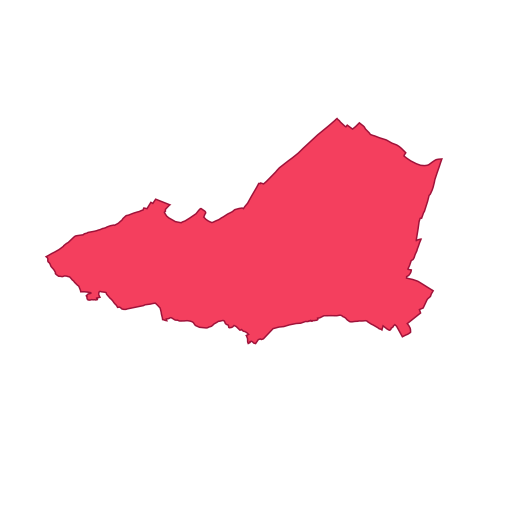 the district of Cozmesti, Vaslui, Romania, rotated 346°
{"feature_id": "2599482B65715279001223", "entity_name": "Cozmesti", "entity_type": "district", "adm_level": 2, "iso_a3": "ROU", "parent_name": "Romania", "parent_adm1": "Vaslui", "projection": "natural_earth1", "projection_center": [27.474, 46.723], "detail": "fine", "context": "isolated", "style": "filled", "palette": "rose", "viewbox_px": 512, "rotation_deg": 346, "n_neighbors": 0, "source": "geoboundaries", "source_scale": "gbopen_adm2", "svg_char_len": 6029}
<svg xmlns="http://www.w3.org/2000/svg" viewBox="0 0 512 512"><g transform="rotate(346 256 256)"><path d="M271.7,330.9L278.6,331.2L283.1,332.0L288.5,331.5L289.6,332.0L290.6,332.1L290.9,332.1L291.3,331.9L291.4,332.0L291.6,332.2L292.4,331.8L293.6,331.7L293.7,331.8L293.2,332.2L293.4,332.4L294.1,332.7L295.0,332.8L295.5,332.4L296.8,332.8L297.5,332.8L299.0,333.0L299.8,332.9L300.3,332.8L300.7,332.4L300.7,331.2L302.4,331.4L303.1,331.4L307.4,330.4L314.3,332.0L319.9,333.5L323.1,333.7L323.9,334.0L324.8,334.7L325.9,336.1L326.5,336.4L327.6,337.5L328.0,338.0L328.7,339.4L329.1,340.1L331.0,342.3L331.5,342.6L333.2,343.1L336.2,343.4L338.7,343.9L340.6,344.0L342.2,344.5L344.2,344.9L346.4,345.2L347.7,345.7L348.5,346.9L351.3,349.9L353.0,351.3L356.9,355.1L357.8,356.3L358.7,356.9L359.6,357.3L360.3,358.2L362.4,354.5L365.4,358.4L367.2,360.1L367.9,360.4L368.0,360.3L369.1,359.7L369.5,359.3L369.7,358.7L371.2,358.3L372.1,357.7L372.3,357.2L374.1,356.2L375.4,358.1L378.5,369.8L381.8,369.0L384.4,368.6L387.2,367.6L387.6,367.3L388.1,364.7L388.1,363.2L387.4,360.4L386.4,358.2L401.9,351.1L401.6,347.5L405.6,346.9L411.4,339.8L412.4,339.0L414.2,338.1L415.5,337.4L417.0,335.1L419.5,332.6L415.9,328.9L411.0,323.8L407.3,320.0L406.4,319.3L402.4,316.7L396.7,313.9L397.1,312.9L397.2,312.4L399.5,311.8L401.4,310.2L402.1,309.4L402.6,308.7L403.3,307.1L400.3,305.7L400.5,305.0L402.6,302.5L405.5,298.0L407.5,297.4L409.0,295.9L410.8,293.0L413.4,289.8L414.1,288.4L416.0,285.7L417.9,282.7L420.2,279.6L419.4,279.4L416.5,279.5L415.3,279.8L415.3,279.4L419.9,268.7L422.6,262.0L424.1,259.6L424.5,259.1L425.4,259.1L425.8,259.4L427.1,257.5L429.0,254.6L429.8,253.8L430.1,253.6L435.7,244.5L438.6,239.1L440.1,238.1L442.9,234.6L444.5,232.1L446.9,227.6L448.0,225.2L452.1,218.7L455.7,213.2L457.5,210.3L459.8,206.8L456.2,206.2L454.1,206.1L452.3,206.6L449.6,207.6L445.8,209.2L444.2,209.4L441.5,209.1L437.6,207.8L433.8,205.2L429.1,201.1L425.8,197.4L423.8,194.8L424.3,193.9L426.3,192.1L425.8,191.2L423.4,187.2L422.6,186.0L421.4,184.4L419.5,182.4L418.1,181.4L415.1,179.3L412.2,176.5L410.6,175.0L409.7,174.4L404.3,171.1L400.2,168.2L398.8,167.4L396.7,166.0L395.9,164.8L395.8,164.2L393.1,159.6L392.7,158.6L392.4,157.2L391.6,155.8L388.5,151.8L384.0,154.5L380.4,156.2L376.2,151.1L374.5,152.4L373.7,151.7L370.3,146.5L369.5,144.7L368.8,143.9L368.2,142.9L367.9,142.2L366.2,143.0L365.5,143.5L357.6,147.5L345.1,153.4L328.0,162.8L321.9,166.4L315.2,169.5L310.3,171.5L300.0,176.1L297.1,178.0L295.5,179.2L284.1,186.2L280.8,187.9L278.2,186.3L277.8,186.8L276.4,186.2L276.1,186.4L273.2,189.6L265.6,197.4L261.6,201.7L260.7,202.7L257.0,205.4L255.3,207.0L254.9,206.6L254.1,206.1L251.1,205.8L246.7,205.9L245.5,206.4L244.0,207.2L241.6,207.8L238.7,208.4L233.8,210.1L231.5,210.7L229.2,211.6L228.2,211.8L225.0,212.3L222.8,212.8L221.9,212.9L221.1,212.8L219.6,211.7L218.0,210.3L217.4,209.6L216.3,208.4L214.7,205.6L215.7,204.4L216.0,203.7L217.5,202.2L217.6,201.9L217.7,201.4L217.4,200.5L217.1,200.0L214.2,196.7L213.4,196.6L212.8,197.1L211.3,197.9L210.8,198.4L208.0,200.5L201.0,203.1L195.8,204.8L192.5,205.2L191.7,205.6L191.2,205.5L188.3,204.2L186.0,203.1L184.9,202.0L180.4,197.7L179.6,196.5L179.0,195.8L178.6,194.6L177.7,192.0L177.7,191.3L179.0,190.6L179.1,189.6L179.6,188.7L184.3,185.7L184.8,185.5L172.4,176.6L168.6,180.0L167.0,178.5L161.7,183.7L158.8,182.3L157.4,184.1L156.2,184.1L153.4,184.6L151.3,184.6L147.7,184.8L144.4,185.2L143.2,185.4L141.7,185.5L140.4,185.4L139.6,185.5L138.3,186.2L136.1,187.4L134.5,188.8L132.6,189.7L130.4,190.9L126.5,191.9L126.3,192.0L125.6,191.6L122.1,191.4L118.3,191.8L116.9,192.2L115.0,192.3L114.0,192.2L111.0,192.7L109.3,192.7L107.6,192.9L105.3,192.9L98.7,192.5L97.4,192.9L94.8,192.9L93.4,193.6L87.6,193.0L86.0,192.9L85.0,193.1L83.7,193.7L77.0,197.5L75.1,198.0L71.9,199.5L71.5,200.0L66.5,202.1L61.5,203.5L58.3,204.2L54.6,205.3L52.2,205.9L53.0,207.0L53.3,207.8L53.3,208.5L52.9,210.0L52.8,210.7L52.9,211.2L53.1,211.8L53.6,212.2L53.9,213.0L54.2,213.8L54.5,216.1L54.7,216.8L56.4,220.1L56.9,221.5L57.4,223.5L57.3,224.1L57.1,224.6L57.5,225.3L58.3,226.4L59.6,227.9L61.3,228.4L62.8,229.1L63.5,229.2L65.4,229.0L67.4,229.7L68.8,230.6L69.8,231.0L70.1,231.2L71.1,233.0L71.9,234.7L72.6,235.6L73.1,236.3L73.7,238.0L74.3,238.6L74.6,239.4L75.2,240.2L75.7,241.2L76.2,241.6L76.8,242.6L77.4,247.0L77.3,248.3L80.9,249.2L83.9,250.3L86.6,251.5L86.9,252.0L86.4,252.3L85.4,252.2L83.9,252.3L83.2,252.6L82.8,253.0L81.7,253.5L81.8,254.1L82.2,254.8L81.9,255.4L81.8,256.8L82.2,257.4L82.4,258.0L84.1,258.6L86.1,258.6L87.3,259.1L88.9,259.4L89.9,259.9L91.5,259.9L91.7,259.4L91.2,259.0L91.1,258.6L91.1,258.3L91.5,258.2L94.6,258.3L94.1,255.8L94.1,255.0L94.4,254.3L94.5,253.7L95.4,252.7L95.9,252.6L96.3,252.7L97.3,253.3L100.6,254.6L101.5,255.1L101.7,255.4L101.8,256.9L104.2,261.7L105.0,262.8L106.1,264.8L106.9,267.0L107.7,268.6L108.1,269.1L108.8,270.6L109.3,272.4L110.9,272.5L111.7,273.0L112.2,273.6L113.1,275.0L115.0,275.9L116.8,276.3L118.6,276.2L134.9,276.9L136.3,276.5L136.6,276.5L142.0,277.1L143.8,277.1L146.5,277.3L147.0,277.5L148.6,280.0L150.4,283.3L150.4,287.4L150.2,289.3L150.2,290.6L150.2,293.3L150.0,295.1L150.7,295.4L152.5,296.6L153.8,297.2L153.7,295.4L156.1,295.6L157.7,295.2L158.4,295.2L158.9,295.4L160.6,297.1L161.6,298.2L162.6,298.8L164.4,299.3L165.8,300.4L166.6,300.7L170.6,301.6L172.6,301.9L174.2,302.3L176.5,303.3L178.2,304.4L179.1,305.4L180.1,308.2L180.6,308.9L183.9,311.5L190.4,313.8L191.6,313.9L193.3,313.5L194.3,313.5L195.7,313.4L196.9,312.9L199.0,311.7L201.7,311.0L203.7,310.3L205.2,310.5L207.9,310.5L208.5,310.6L209.3,311.1L209.8,312.7L209.9,313.9L210.7,315.2L212.2,316.2L212.4,317.5L212.3,318.6L212.5,318.9L212.9,319.2L214.7,319.4L216.1,319.2L217.9,318.1L219.8,319.7L221.2,322.0L222.4,324.0L223.1,324.1L224.0,323.8L224.3,323.9L224.7,324.9L225.7,326.0L227.1,326.7L228.8,328.5L229.8,330.3L227.3,330.8L227.5,331.5L227.8,334.2L227.1,337.4L227.3,339.0L229.3,338.5L229.4,337.7L230.8,337.6L231.6,338.2L232.1,338.8L232.7,339.9L234.4,340.9L238.0,337.7L240.1,337.5L240.9,338.3L243.1,338.2L255.0,330.6L261.1,330.5L265.9,331.2L271.7,330.9Z" fill="#f43f5e" stroke="#9f1239" stroke-width="1.5"/></g></svg>